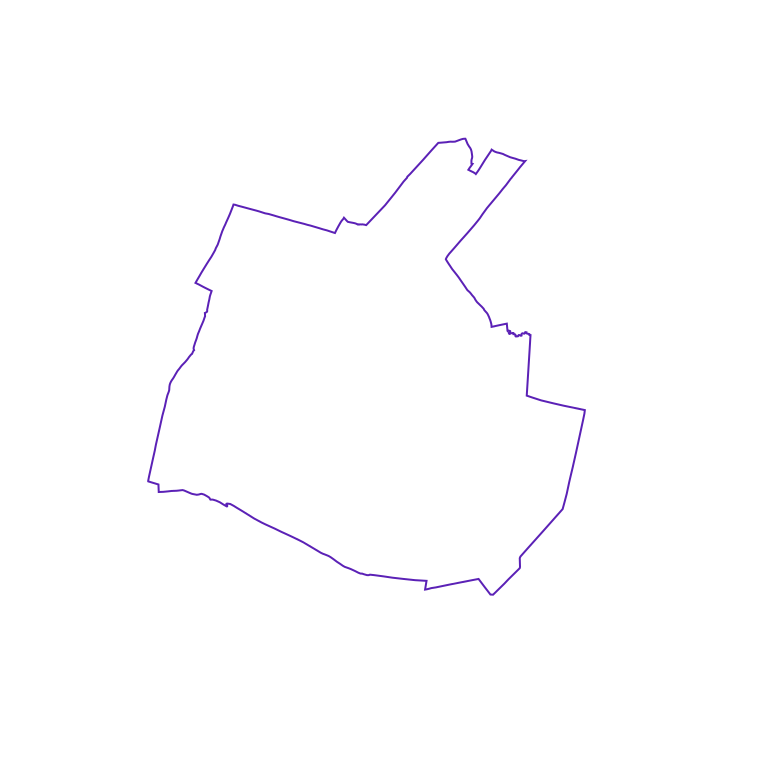 outline of Pochidia, Galati, Romania, rotated 323°
{"feature_id": "2599482B31598853043791", "entity_name": "Pochidia", "entity_type": "district", "adm_level": 2, "iso_a3": "ROU", "parent_name": "Romania", "parent_adm1": "Galati", "projection": "natural_earth1", "projection_center": [27.58, 46.045], "detail": "fine", "context": "isolated", "style": "outline", "palette": "violet", "viewbox_px": 768, "rotation_deg": 323, "n_neighbors": 0, "source": "geoboundaries", "source_scale": "gbopen_adm2", "svg_char_len": 6082}
<svg xmlns="http://www.w3.org/2000/svg" viewBox="0 0 768 768"><g transform="rotate(323 384 384)"><path d="M452.1,227.1L451.4,227.4L450.3,227.8L449.1,228.0L448.0,228.3L446.6,228.8L442.7,230.5L438.8,232.3L435.7,233.9L435.2,233.2L432.9,229.9L430.9,227.0L428.3,223.7L426.0,220.5L423.1,216.6L420.6,213.2L418.7,210.9L416.7,208.2L414.7,205.7L409.9,199.7L407.2,196.0L404.6,192.6L400.9,187.8L398.8,185.0L397.5,183.2L394.2,178.8L391.8,176.2L388.2,171.1L386.7,169.1L384.9,166.8L382.0,163.1L377.1,156.8L374.8,153.9L372.9,151.2L371.8,150.1L370.2,151.2L363.4,155.4L359.7,157.5L354.9,160.1L353.4,161.0L350.3,162.6L348.1,163.9L347.0,164.5L343.1,167.1L342.2,167.7L339.9,169.4L338.4,170.4L335.1,172.6L331.3,174.4L329.8,175.4L327.1,176.6L322.7,178.5L318.8,179.9L314.8,181.4L308.9,183.7L304.9,185.3L301.9,186.6L297.8,188.3L294.3,189.8L296.1,193.3L297.8,197.0L298.9,199.3L300.3,202.1L302.3,206.0L301.0,206.9L299.2,208.1L297.7,209.2L295.3,211.4L292.9,213.4L290.7,215.4L288.2,217.6L287.5,218.2L286.8,219.2L286.3,219.7L285.6,219.8L285.0,219.7L284.2,219.7L283.7,219.5L282.6,221.2L282.0,222.0L281.7,222.4L281.2,222.6L280.3,223.2L277.8,224.9L274.5,226.8L272.9,227.7L270.3,229.2L267.9,230.7L265.8,231.9L264.5,232.8L261.9,234.8L260.4,235.8L258.2,237.2L256.0,238.8L254.7,239.7L253.8,240.5L253.2,241.2L253.0,241.6L252.9,242.1L252.7,242.7L252.3,242.7L251.6,242.9L250.8,243.3L249.9,243.8L248.9,244.4L248.5,244.3L247.1,244.5L244.3,245.2L242.9,245.7L241.5,246.1L238.4,246.8L236.4,247.1L233.7,247.5L232.1,247.9L230.8,248.3L229.0,248.8L227.6,249.1L226.4,249.5L225.2,250.0L222.8,251.0L221.0,251.8L219.0,252.6L216.8,253.3L215.3,253.9L213.8,254.7L212.6,255.5L211.1,256.9L209.4,258.9L208.8,259.6L207.5,260.6L204.3,262.6L200.8,265.4L195.3,270.2L188.1,275.8L178.4,284.1L165.2,295.3L160.8,299.3L154.2,304.9L140.3,316.8L137.2,319.6L137.1,319.9L143.4,328.5L139.1,334.7L143.0,337.4L147.1,339.9L150.0,341.6L154.2,344.5L155.7,345.4L159.3,347.5L160.3,348.8L164.1,355.5L164.9,356.6L167.8,359.8L169.6,360.8L171.5,361.5L172.3,362.0L173.8,364.1L175.0,366.8L175.9,369.1L176.0,370.2L175.8,371.5L175.8,371.9L177.7,373.3L179.7,376.0L181.7,379.6L183.2,383.6L184.7,387.1L185.1,387.3L185.4,387.1L185.7,386.4L185.7,385.4L185.8,385.0L186.0,384.9L186.3,384.9L186.9,385.2L189.0,387.3L190.7,391.0L191.8,393.9L194.1,399.6L199.4,413.4L202.9,421.0L204.9,424.9L208.6,431.7L209.7,433.7L213.1,440.4L214.9,443.7L217.8,449.1L218.9,451.2L222.3,457.8L224.1,461.5L227.9,470.7L231.2,478.8L231.9,480.6L233.1,482.9L233.9,484.1L235.0,485.9L236.2,487.9L237.1,490.0L238.2,493.4L239.4,497.6L240.7,501.2L241.7,504.3L242.6,506.4L244.8,509.7L246.1,511.8L248.3,515.9L249.9,519.2L250.9,520.9L251.6,521.7L252.3,522.1L253.5,523.9L255.4,526.4L256.8,527.5L258.0,527.8L261.2,530.8L268.2,537.7L274.1,543.7L281.8,551.0L290.8,559.4L299.5,566.8L293.1,572.9L294.6,573.7L296.7,574.6L299.0,575.5L302.9,577.6L316.0,583.8L335.5,593.3L342.2,596.6L342.2,606.5L342.3,616.2L344.3,617.9L346.7,617.6L359.8,615.9L365.7,614.9L381.5,612.8L382.5,612.0L387.6,604.8L389.1,603.9L400.5,601.6L422.3,597.3L451.4,591.4L456.7,587.3L463.8,581.7L472.9,573.8L477.2,570.2L484.7,564.0L495.9,554.5L503.9,547.6L521.3,532.6L526.2,528.3L528.7,525.7L514.3,509.3L507.9,501.7L499.6,491.6L494.4,484.2L491.0,479.2L525.5,438.9L528.2,435.7L530.2,433.4L530.4,433.1L529.9,432.8L529.6,432.5L529.6,432.2L529.9,432.0L530.0,431.8L530.1,431.6L529.6,430.9L528.7,430.0L528.5,429.6L528.4,429.3L528.3,428.8L528.6,428.5L528.8,428.4L528.6,428.1L528.4,427.9L528.0,427.6L527.7,427.7L527.4,427.9L527.1,428.2L526.7,428.3L526.3,428.2L526.1,428.0L525.8,427.7L525.6,427.3L525.4,427.0L524.5,426.7L524.3,426.7L524.1,426.9L523.6,427.1L523.4,427.5L523.2,427.9L523.0,428.1L522.7,428.0L522.4,427.9L522.1,427.4L521.5,426.3L521.1,426.0L520.4,426.1L520.2,426.2L520.1,426.4L520.0,426.5L519.7,426.5L519.5,426.4L519.3,426.2L519.1,426.0L518.8,425.8L518.5,425.3L518.3,425.4L518.2,425.6L517.9,425.4L517.8,425.2L517.8,424.9L518.0,424.4L518.6,423.7L518.4,423.0L517.5,422.2L517.8,422.0L518.0,421.8L518.1,421.5L518.0,421.1L517.5,420.7L517.4,420.6L517.1,420.5L516.7,420.3L516.2,420.0L515.4,419.8L514.6,419.7L514.4,419.6L514.2,419.2L514.3,418.8L514.5,418.8L514.6,418.5L514.6,418.3L514.7,418.2L515.0,418.2L515.4,418.5L515.6,418.6L515.8,418.5L515.9,418.2L516.3,418.1L516.5,418.0L516.6,417.7L515.4,415.9L515.2,415.8L514.6,416.0L514.6,415.9L518.4,409.7L512.5,406.9L504.3,403.1L505.7,400.9L506.7,398.5L507.4,396.5L507.8,394.9L508.1,394.1L508.7,391.3L508.9,390.0L508.9,389.0L508.7,386.8L508.6,385.1L508.9,383.8L508.8,383.1L508.6,381.0L508.2,378.6L507.9,376.6L507.6,374.7L507.6,373.0L507.7,371.5L508.0,369.8L508.0,368.6L507.8,366.1L507.8,364.1L507.7,362.4L507.4,360.8L507.1,359.4L507.1,358.5L507.3,355.5L507.5,350.9L507.6,348.2L507.8,343.8L507.8,341.0L507.7,336.6L507.6,333.4L507.7,331.6L508.0,326.5L508.1,325.1L508.3,322.8L508.5,321.5L509.6,320.9L511.5,320.1L514.5,319.2L517.0,318.7L521.9,317.7L531.1,315.7L541.3,313.7L551.5,311.5L557.2,310.1L560.2,309.3L564.8,307.7L568.1,306.7L572.0,305.5L576.2,304.5L578.0,304.1L581.0,303.4L590.9,301.1L596.2,299.7L601.1,298.6L608.9,296.3L609.7,296.2L610.6,295.9L619.7,293.6L623.1,292.7L630.9,290.9L630.0,290.4L628.0,287.9L626.5,286.1L624.5,283.1L623.8,282.2L621.3,278.9L618.5,274.0L617.4,271.8L616.5,270.6L614.8,268.4L613.8,267.3L613.0,266.2L612.1,264.7L611.4,262.7L611.0,261.6L610.5,261.9L609.9,262.2L599.5,265.8L595.9,267.2L590.8,269.2L587.8,270.3L583.7,271.6L583.6,270.9L582.8,268.7L581.7,266.6L580.3,263.7L582.5,262.9L584.6,262.3L587.2,261.5L586.5,260.6L588.1,258.4L589.1,257.4L590.5,256.4L591.4,255.4L592.7,253.1L593.9,250.9L594.6,249.0L594.9,247.2L594.9,245.6L595.2,242.6L595.9,239.9L596.6,237.1L595.2,236.1L594.2,235.6L592.6,235.0L590.6,234.4L588.9,233.9L586.6,233.2L584.4,231.7L583.1,230.6L581.5,229.6L579.4,228.5L574.2,225.2L572.5,224.1L572.4,224.1L562.4,226.0L550.1,228.5L531.2,232.0L527.3,232.5L526.6,233.1L521.5,234.1L507.9,238.0L492.4,241.9L465.4,246.4L465.2,246.2L464.3,245.0L462.6,243.3L462.1,243.1L460.7,241.9L460.2,241.8L459.4,240.8L459.1,240.9L458.6,240.0L458.3,239.3L457.7,238.4L456.9,237.4L456.1,236.5L453.9,234.1L452.7,232.7L452.5,231.4L452.1,227.1Z" fill="none" stroke="#5b21b6" stroke-width="2"/></g></svg>